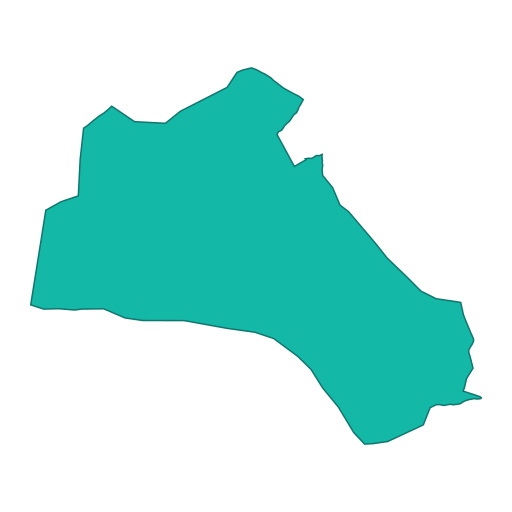 Oguta, Imo, Nigeria (Mercator projection)
{"feature_id": "59680162B16893313163973", "entity_name": "Oguta", "entity_type": "district", "adm_level": 2, "iso_a3": "NGA", "parent_name": "Nigeria", "parent_adm1": "Imo", "projection": "mercator", "projection_center": [6.853, 5.658], "detail": "fine", "context": "isolated", "style": "filled", "palette": "teal", "viewbox_px": 512, "rotation_deg": 0, "n_neighbors": 0, "source": "geoboundaries", "source_scale": "gbopen_adm2", "svg_char_len": 1948}
<svg xmlns="http://www.w3.org/2000/svg" viewBox="0 0 512 512"><path d="M481.0,398.5L481.3,397.7L479.7,396.6L463.1,391.1L464.4,387.8L466.6,378.4L473.0,368.2L470.3,357.3L468.7,352.1L468.8,350.1L469.4,348.7L472.3,344.0L473.5,341.4L473.6,339.3L472.8,337.3L469.8,330.5L468.2,326.6L465.2,319.5L463.4,314.7L460.7,302.4L436.1,298.7L420.9,291.1L408.0,278.1L397.6,268.1L387.0,257.9L375.2,243.0L348.7,211.8L340.0,205.1L332.6,187.6L322.7,175.5L322.1,170.0L322.7,165.1L322.4,163.4L322.0,162.0L322.5,160.3L321.9,159.2L322.3,157.9L321.9,157.1L322.2,154.4L319.1,155.7L316.6,155.5L315.7,155.9L312.9,157.8L311.5,158.3L310.0,158.4L308.8,158.2L305.3,158.8L306.1,159.7L294.4,166.4L290.6,159.5L277.0,134.5L277.3,134.0L278.0,132.7L278.5,131.8L279.2,131.4L280.1,131.0L280.4,130.8L280.8,130.7L281.4,130.3L281.9,129.8L282.6,128.9L283.8,127.1L284.7,125.5L286.0,124.5L287.1,123.1L288.2,122.4L289.3,121.4L290.3,120.1L292.6,116.6L293.5,115.1L294.3,114.4L295.0,113.9L295.8,113.3L296.5,112.7L296.8,112.2L297.4,111.0L298.0,109.8L298.6,108.1L299.3,106.4L300.3,105.0L301.2,103.5L303.3,99.6L298.8,96.2L294.5,94.1L291.3,92.4L286.0,89.5L283.1,87.8L277.7,83.6L273.2,80.2L271.2,78.1L268.7,76.4L264.6,73.9L261.7,72.6L258.0,70.5L254.2,68.8L251.3,67.9L242.2,70.2L237.0,72.4L227.1,87.4L180.3,111.3L165.4,123.3L134.6,121.7L111.7,106.2L107.1,110.4L104.1,112.9L99.5,115.8L93.2,120.7L87.3,125.7L83.6,128.2L80.2,159.0L78.3,195.9L61.1,201.7L45.8,210.2L41.5,237.5L30.7,304.9L43.8,309.1L58.5,308.7L74.6,310.0L81.6,309.1L103.7,308.8L124.9,317.9L142.6,320.5L184.1,320.6L227.4,328.4L254.7,332.2L273.7,338.5L297.8,356.4L311.0,369.4L322.7,388.0L338.4,407.1L353.7,432.5L364.6,444.1L373.3,443.6L387.7,441.5L423.3,424.9L430.1,407.7L435.8,404.9L437.2,404.7L439.5,404.6L443.7,405.4L444.5,405.4L448.0,404.6L451.2,404.3L452.8,404.8L457.8,404.2L459.2,404.0L461.0,403.4L463.1,401.8L465.7,400.6L469.0,399.6L474.2,398.6L476.7,399.0L479.5,398.8L481.0,398.5Z" fill="#14b8a6" stroke="#0f766e" stroke-width="1.5"/></svg>